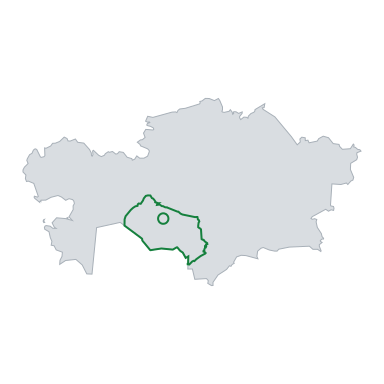 Kazakhstan, with Qyzylorda highlighted
{"feature_id": "KAZ-3197", "entity_name": "Qyzylorda", "entity_type": "Region", "adm_level": 1, "iso_a3": "KAZ", "parent_name": "Kazakhstan", "parent_adm1": "", "projection": "albers", "projection_center": [63.953, 45.065], "detail": "medium", "context": "in_parent", "style": "outline", "palette": "green", "viewbox_px": 384, "rotation_deg": 0, "n_neighbors": 0, "source": "natural_earth", "source_scale": "10m", "svg_char_len": 5474}
<svg xmlns="http://www.w3.org/2000/svg" viewBox="0 0 384 384"><path d="M234.2,263.3L232.1,264.5L231.0,266.3L229.4,265.8L226.6,269.4L218.0,275.0L213.0,282.3L213.0,285.5L211.5,285.6L207.8,283.4L208.3,280.6L206.5,278.6L194.8,279.3L192.4,269.0L187.8,269.0L188.3,256.4L185.6,257.9L182.6,252.5L177.1,247.4L172.8,249.5L161.4,248.5L150.2,250.1L142.8,241.2L141.5,238.3L120.2,222.4L96.6,227.6L92.0,274.1L86.8,273.9L82.2,264.9L75.9,259.4L65.6,260.5L59.7,264.4L60.0,260.3L62.0,256.4L62.4,252.2L56.2,249.9L54.1,245.8L51.2,245.2L51.9,241.3L50.3,237.6L49.0,231.7L44.8,229.3L44.4,227.4L45.1,226.0L46.2,225.6L50.2,226.2L52.8,228.3L56.1,228.4L54.2,227.0L52.1,222.8L56.6,217.8L65.6,218.6L72.4,220.5L69.0,216.9L73.2,209.5L73.1,205.9L74.4,203.5L73.8,201.1L72.6,199.6L69.0,198.7L65.7,200.3L61.6,197.1L58.0,195.5L51.0,197.3L45.8,200.1L41.0,200.2L40.9,201.6L40.3,201.1L39.5,201.7L39.6,202.3L34.8,198.4L34.1,197.2L34.4,196.2L37.5,197.1L38.3,196.4L33.8,183.4L28.3,181.1L26.5,181.5L25.4,178.6L25.9,175.0L23.0,172.0L23.0,169.9L24.4,167.2L28.1,163.5L26.8,160.4L27.3,158.8L29.6,154.7L32.0,153.3L33.4,150.1L35.1,148.8L36.7,149.4L40.4,156.9L41.2,157.4L44.0,156.7L44.9,155.7L44.6,147.9L46.0,148.3L50.7,146.0L52.6,143.3L55.3,143.2L59.6,141.5L64.2,137.1L67.0,138.5L68.0,140.9L70.1,141.1L75.4,139.0L77.7,142.3L83.8,143.1L89.5,149.5L91.3,153.0L91.5,155.5L92.1,156.2L93.0,154.7L92.6,151.0L93.4,150.3L98.7,155.3L101.3,156.6L104.4,155.3L105.3,153.7L108.3,151.7L109.3,152.3L112.5,151.5L115.8,154.1L117.5,153.7L119.2,151.7L123.3,152.4L127.2,157.3L131.8,158.6L132.3,160.2L134.7,159.2L136.8,155.9L139.7,158.2L143.9,158.2L147.6,156.2L149.3,151.6L149.1,150.4L147.6,148.8L140.6,145.9L140.0,144.4L137.3,142.2L140.5,139.9L142.4,139.7L145.1,137.4L143.5,133.1L145.8,129.4L153.0,130.0L153.8,129.3L153.3,127.9L150.6,126.4L147.1,125.5L146.8,124.9L147.4,123.5L149.8,122.6L149.3,121.9L147.6,122.2L145.6,121.2L147.7,116.3L152.9,117.4L172.1,112.1L175.6,111.9L176.9,112.6L178.0,110.4L179.7,109.0L185.3,108.3L199.6,103.9L200.2,102.9L199.8,101.5L202.1,100.9L205.3,98.4L209.2,98.5L214.4,100.6L218.4,98.5L219.8,100.6L222.5,107.0L222.5,109.9L221.9,111.3L222.2,111.9L224.1,112.4L229.1,111.3L230.3,109.7L232.1,112.0L232.7,114.3L233.7,113.5L233.4,112.3L233.8,111.7L236.0,111.8L238.6,113.4L242.2,111.9L242.1,113.4L239.6,116.5L239.6,117.8L240.7,119.6L243.9,117.1L246.6,117.3L247.9,118.2L248.4,116.1L251.0,113.5L253.8,112.3L254.8,111.2L255.0,109.6L264.8,103.7L264.1,107.6L262.3,107.8L263.0,109.3L274.9,116.9L291.4,136.7L297.2,144.8L300.3,142.0L299.9,139.0L301.8,137.2L305.2,137.8L305.3,140.6L307.9,140.2L309.1,142.8L317.2,141.1L318.8,138.6L323.2,136.2L328.5,137.7L333.2,143.6L339.0,144.4L339.6,146.4L342.4,149.3L350.4,148.7L353.3,144.1L354.1,145.0L353.7,146.9L355.4,147.4L357.7,149.4L359.8,149.7L361.0,151.1L357.0,152.7L356.7,154.2L357.5,157.2L356.7,159.7L350.7,163.3L350.4,169.5L353.7,177.4L352.9,180.1L350.9,181.0L347.8,184.5L346.4,183.0L340.9,184.5L331.9,183.9L330.5,205.0L330.8,205.9L333.5,206.5L334.0,208.2L333.6,210.4L331.1,209.8L328.5,211.2L325.7,209.3L312.3,216.6L311.0,218.5L312.3,219.3L314.6,218.7L316.8,219.5L316.1,221.8L317.3,227.4L321.3,233.5L322.1,236.7L323.6,238.3L323.4,239.1L322.1,239.0L320.3,240.5L320.4,241.4L322.1,242.4L319.3,244.7L319.3,246.2L321.1,250.8L320.8,251.5L317.6,249.3L312.9,249.3L309.4,246.2L289.3,247.1L278.8,249.2L277.1,251.1L274.6,251.1L269.3,250.0L263.2,247.5L260.9,248.3L257.6,251.2L256.9,256.5L257.9,258.8L246.0,255.6L241.2,255.3L236.6,256.9L233.6,262.2L234.2,263.3ZM44.7,222.4L43.8,222.6L43.1,221.1L43.6,219.8L44.5,219.4L43.6,221.0L44.7,222.4ZM67.9,218.8L67.2,218.5L66.9,217.9L67.9,217.5L67.9,218.8Z" fill="#d9dde1" stroke="#a8b0b8" stroke-width="1"/><path d="M150.5,250.2L150.1,250.0L144.8,243.5L142.8,241.2L142.3,240.4L142.2,240.0L142.2,239.1L142.0,238.7L141.8,238.5L124.5,225.6L124.6,219.3L125.6,216.2L130.8,209.9L133.1,207.8L135.4,206.3L137.5,205.9L137.8,204.3L138.7,203.5L140.7,203.8L143.0,200.5L143.8,198.4L145.8,195.9L147.9,195.4L150.4,195.5L151.9,198.1L153.0,198.5L154.2,199.8L155.5,201.8L155.3,202.3L156.1,202.6L156.9,202.7L157.9,203.2L158.7,203.2L157.2,204.3L157.0,204.9L159.6,204.5L161.8,206.1L163.1,206.2L165.2,207.3L166.4,207.4L166.9,207.3L167.1,207.5L177.6,211.7L178.4,211.7L180.5,213.6L182.4,214.5L195.0,217.1L196.5,217.0L197.4,217.0L197.7,218.3L197.9,219.5L198.9,220.2L199.3,221.5L198.6,222.7L198.2,225.7L198.2,227.2L199.1,227.9L200.3,228.6L201.0,229.4L201.6,239.1L202.5,239.7L202.9,239.6L203.4,239.9L204.0,240.2L204.1,240.6L205.0,241.6L207.2,243.1L207.3,244.0L206.4,244.0L205.9,244.8L206.1,245.3L206.3,246.1L205.9,247.1L205.0,246.6L205.0,247.9L204.4,249.2L204.2,250.3L203.4,251.1L203.6,252.3L203.9,251.3L204.2,251.1L204.2,251.6L204.6,251.6L204.7,252.5L205.6,253.1L205.2,253.6L200.7,256.0L196.3,259.2L194.4,261.1L193.6,260.8L192.2,261.5L189.3,264.5L187.7,264.3L187.7,263.9L187.7,263.7L188.0,263.6L188.1,263.4L188.3,256.4L185.7,257.9L182.8,252.6L182.4,252.3L180.5,251.1L179.6,250.2L177.5,247.6L177.2,247.3L176.9,247.3L176.6,247.4L173.0,249.5L172.7,249.6L161.4,248.5L154.7,249.5L150.5,250.2ZM163.2,223.8L164.3,223.7L165.3,223.4L165.7,223.2L166.5,222.7L167.2,221.9L167.8,221.1L168.2,220.2L168.4,219.1L168.4,218.6L168.4,218.1L168.2,217.0L167.8,216.1L167.6,215.7L166.9,214.9L166.2,214.2L165.3,213.8L164.3,213.4L163.3,213.3L162.3,213.4L161.3,213.7L160.4,214.2L159.7,214.8L159.0,215.6L158.5,216.5L158.2,217.5L158.1,218.0L158.1,218.5L158.1,219.1L158.3,220.1L158.7,221.0L159.2,221.9L159.9,222.6L160.8,223.2L161.7,223.6L162.7,223.8L163.2,223.8Z" fill="none" stroke="#15803d" stroke-width="2"/></svg>